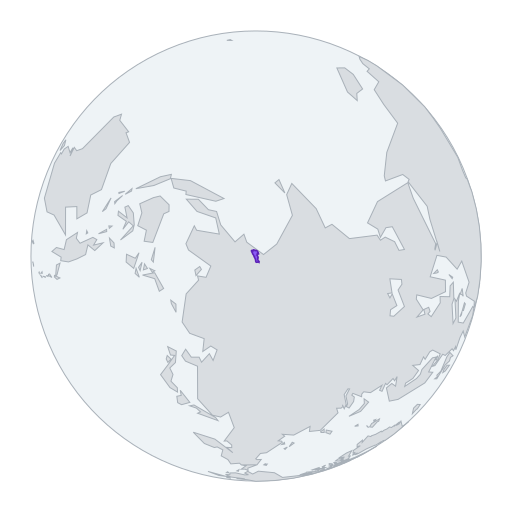 Chin on an orthographic globe, rotated 157°
{"feature_id": "MMR-3274", "entity_name": "Chin", "entity_type": "State", "adm_level": 1, "iso_a3": "MMR", "parent_name": "Myanmar", "parent_adm1": "", "projection": "orthographic", "projection_center": [93.495, 22.37], "detail": "fine", "context": "on_globe", "style": "filled", "palette": "violet", "viewbox_px": 512, "rotation_deg": 157, "n_neighbors": 0, "source": "natural_earth", "source_scale": "10m", "svg_char_len": 12329}
<svg xmlns="http://www.w3.org/2000/svg" viewBox="0 0 512 512"><g transform="rotate(157 256 256)"><circle cx="256" cy="256" r="225" fill="#eef3f6" stroke="#a8b0b8"/><path d="M344.3,48.7L351.5,53.5L360.9,58.7L353.4,55.3L375.8,68.4L384.4,76.5L370.4,65.4L365.7,62.8L369.4,66.9L365.3,65.2L364.8,66.5L359.6,64.4L351.9,58.9L348.4,57.6L351.2,60.6L347.8,61.0L344.2,56.6L337.9,57.0L323.7,49.3L318.1,41.8L306.0,38.2L289.0,33.2L286.3,33.0L278.1,31.8L271.9,31.3L270.6,31.2L289.5,33.2L308.2,36.8L326.5,42.0L344.3,48.7ZM270.4,31.2L266.8,31.1L269.3,31.4L268.5,31.6L265.1,31.5L262.7,31.1L264.0,31.0L261.6,30.9L261.8,30.8L259.8,30.8L257.8,30.7L270.4,31.2ZM256.9,30.7L254.7,30.9L248.5,30.9L248.3,30.9L256.9,30.7ZM368.5,63.2L366.0,61.2L369.8,63.8L368.5,63.2ZM365.6,67.1L367.6,68.3L366.5,68.5L365.6,67.1ZM357.6,65.7L355.2,66.0L356.3,64.7L357.6,65.7ZM352.9,65.5L347.2,66.8L351.1,69.4L336.7,63.4L346.4,63.9L347.1,61.7L349.4,64.1L352.9,65.5ZM271.5,31.5L268.8,31.2L274.2,31.6L271.5,31.5ZM275.2,31.8L293.2,34.1L295.6,35.1L289.1,33.9L294.7,35.6L287.0,34.8L282.2,33.8L282.2,33.2L279.3,33.4L275.2,31.8ZM329.7,60.2L327.1,60.0L328.3,59.2L329.7,60.2ZM268.6,31.7L272.0,31.9L274.3,32.6L267.9,32.4L269.2,32.2L268.6,31.7ZM299.9,36.6L300.5,37.4L294.5,36.9L293.9,37.3L287.1,35.0L299.9,36.6ZM266.9,32.0L264.6,32.4L260.4,32.1L265.4,31.6L266.9,32.0ZM277.6,33.0L278.4,33.4L275.9,33.1L277.6,33.0ZM244.2,32.1L248.2,31.8L249.7,32.1L244.2,32.1ZM264.0,32.6L265.4,32.7L266.5,32.9L264.1,33.1L264.0,32.6ZM283.3,35.0L280.6,34.8L285.8,35.9L281.5,35.9L277.7,34.5L277.5,35.1L276.2,35.2L274.6,34.0L283.3,35.0ZM264.9,34.1L258.6,32.9L250.8,33.1L249.2,32.7L262.1,32.6L264.9,34.1ZM270.7,34.1L266.8,34.0L266.8,33.4L269.5,33.1L270.7,34.1ZM279.9,36.6L287.5,36.8L288.0,37.2L279.9,36.6ZM262.6,34.2L264.2,34.6L262.1,34.3L262.6,34.2ZM274.6,35.9L277.2,35.8L277.8,36.2L274.6,35.9ZM265.1,35.4L263.1,34.9L264.9,34.6L265.1,35.4ZM269.5,35.7L269.6,36.2L266.7,34.8L270.5,35.6L269.5,35.7ZM274.7,36.2L275.9,36.4L273.5,36.2L274.7,36.2ZM259.5,37.1L255.5,35.4L259.4,34.6L262.8,36.3L259.5,37.1ZM67.7,132.3L75.7,122.9L72.7,129.1L77.9,136.8L77.4,140.0L70.1,148.6L68.6,170.9L76.0,165.3L81.4,180.7L89.2,185.9L103.8,168.8L91.1,159.8L95.5,149.1L111.1,148.4L123.2,157.4L125.3,153.7L123.2,141.1L131.7,136.9L123.2,136.4L122.4,141.2L117.1,141.3L117.4,137.0L120.4,135.5L118.4,131.7L104.7,140.9L102.4,146.8L93.6,142.8L89.0,152.6L84.6,154.8L90.6,139.3L94.4,135.0L101.0,116.8L96.2,120.8L89.7,138.6L89.2,136.0L82.7,142.5L87.3,135.5L95.7,116.1L91.4,113.3L76.2,124.8L75.8,123.0L80.0,116.3L95.5,99.9L94.6,106.0L100.1,101.2L108.7,91.6L107.7,94.6L111.2,91.7L111.7,94.0L120.7,90.5L122.5,92.6L134.1,85.2L136.6,85.5L129.0,89.6L124.7,94.0L130.1,100.4L133.5,99.9L140.7,94.8L141.2,97.7L147.5,92.0L154.5,94.1L151.1,87.1L159.4,82.0L168.0,80.5L170.1,77.8L156.1,80.5L151.0,82.9L147.6,86.7L133.3,93.3L129.7,92.6L142.4,81.8L138.7,79.9L150.2,73.2L181.2,68.5L190.0,70.3L187.5,83.6L180.8,85.6L178.4,81.6L173.2,89.9L177.2,87.0L177.7,89.7L185.7,86.3L186.5,88.1L192.9,82.2L194.7,84.1L190.6,87.8L204.0,85.5L209.9,88.9L212.6,87.6L213.8,85.2L220.5,91.7L222.2,90.5L220.6,87.8L223.0,83.9L229.7,79.7L231.7,82.1L229.5,84.0L227.9,92.0L221.8,97.1L223.3,97.8L229.0,94.0L231.0,84.1L234.5,80.9L234.6,85.3L234.8,83.4L237.2,82.7L241.3,84.4L241.8,79.6L265.0,70.4L275.4,73.6L272.8,78.0L291.2,76.4L301.4,81.6L300.0,78.9L307.8,77.2L304.7,75.5L304.6,74.2L323.2,70.8L329.1,72.5L335.5,69.4L334.7,68.2L330.7,66.7L336.7,63.4L351.1,69.4L352.1,71.7L360.4,74.5L361.4,79.6L366.1,85.6L362.3,90.5L366.3,95.4L369.2,96.0L376.8,103.6L382.6,118.3L365.4,103.5L354.2,84.0L357.7,91.3L353.2,89.1L352.2,91.5L355.0,97.1L357.6,98.1L343.1,106.5L342.4,122.9L351.5,121.6L358.3,126.5L365.5,147.4L352.9,177.4L362.0,186.8L363.3,193.3L357.2,197.7L355.1,188.2L347.9,185.1L347.6,179.5L337.1,184.3L336.3,176.6L328.5,184.8L332.8,190.8L342.3,188.9L336.0,200.2L347.2,210.7L349.8,224.1L335.1,248.4L318.3,256.2L317.6,260.5L310.3,255.9L301.5,264.4L315.8,287.9L315.7,294.7L301.0,307.9L300.6,302.9L281.2,290.5L278.2,306.8L292.9,320.1L297.9,335.5L286.9,330.8L281.7,317.2L274.9,312.4L276.3,298.4L269.8,277.2L258.6,280.8L259.1,272.3L248.5,254.4L232.2,258.9L206.6,279.2L203.8,300.5L194.7,308.8L182.1,276.1L181.3,254.8L173.7,255.5L163.2,235.5L136.4,227.9L135.3,221.9L129.7,222.9L122.8,215.0L122.2,205.3L116.8,204.0L119.1,229.7L125.3,231.3L134.2,224.6L133.4,233.2L140.4,242.9L122.9,258.6L87.6,264.2L88.7,247.7L85.8,197.1L88.5,192.9L88.7,192.3L88.9,191.3L83.9,197.8L85.0,188.3L81.6,221.7L79.0,234.9L87.0,264.9L85.1,266.7L89.1,273.7L107.5,274.5L106.6,279.7L95.1,300.3L73.7,322.9L79.2,345.6L82.2,362.9L74.9,368.4L81.6,382.6L78.6,384.0L82.5,391.3L83.5,396.5L83.1,399.3L76.9,392.7L70.6,384.0L70.5,383.9L70.0,383.0L54.2,356.1L42.4,327.4L39.1,314.2L36.4,301.4L31.7,268.0L32.4,254.2L32.4,246.1L31.5,244.1L32.1,234.5L32.1,232.1L32.2,230.6L34.8,213.3L38.8,196.1L44.2,179.4L50.8,163.1L58.7,147.3L67.7,132.3ZM63.1,139.7L61.0,143.3L60.9,143.3L63.1,139.7ZM131.3,177.6L141.7,182.7L145.2,168.9L149.5,170.0L149.1,165.1L145.4,167.9L145.7,155.3L153.1,154.0L156.0,148.6L152.7,146.7L139.1,151.5L138.5,169.2L132.7,173.0L131.3,177.6ZM129.6,75.7L127.0,78.4L122.8,80.8L120.6,79.9L126.7,76.2L129.6,75.7ZM124.4,81.8L137.6,72.3L139.5,73.1L136.2,74.1L136.1,75.6L130.8,77.8L119.7,88.6L115.2,91.5L113.6,87.2L116.6,86.7L118.9,83.8L124.4,81.8ZM168.0,52.3L173.7,49.7L170.4,54.4L165.4,56.4L162.9,55.1L167.3,52.2L168.0,52.3ZM241.9,31.2L242.2,31.1L240.7,31.3L239.1,31.4L240.2,31.3L241.9,31.2ZM235.2,31.7L236.8,31.6L246.0,31.2L258.9,31.0L260.4,31.5L258.1,31.9L255.3,32.0L255.1,31.5L251.4,32.1L249.0,31.5L245.9,31.9L229.2,32.6L231.1,32.2L219.1,33.8L219.3,33.7L235.2,31.7ZM197.1,38.6L198.8,38.1L209.0,35.9L211.0,36.4L214.6,35.3L216.6,35.4L212.9,36.2L219.8,35.1L220.5,35.4L229.6,35.3L239.2,34.2L242.8,34.4L239.4,35.1L245.3,34.9L241.3,36.5L243.7,36.8L242.2,39.0L234.1,40.6L237.5,40.9L236.5,43.0L230.0,44.9L231.1,42.9L223.2,46.6L220.8,44.9L220.0,45.4L215.6,45.1L209.0,45.8L208.8,44.9L206.3,45.6L203.3,45.6L199.8,46.4L198.4,45.2L193.9,46.2L195.8,45.2L188.5,47.3L193.3,45.3L189.9,45.5L187.1,47.4L187.9,42.1L184.6,42.5L180.1,43.9L197.1,38.6ZM258.8,37.7L249.7,39.3L243.9,39.4L249.0,35.6L247.4,35.1L250.4,33.3L258.7,33.4L257.1,33.8L257.4,34.3L254.7,34.1L257.2,34.7L255.0,35.4L256.3,36.2L253.0,36.4L258.8,37.7ZM81.0,138.0L81.4,139.7L82.9,141.1L78.9,145.6L81.0,138.0ZM86.4,124.7L87.4,125.2L82.4,131.5L82.0,130.1L86.4,124.7ZM92.1,120.3L87.8,124.7L89.9,121.5L92.1,120.3ZM130.4,90.0L131.9,90.4L130.4,91.8L127.6,93.2L130.4,90.0ZM206.0,57.8L207.6,56.0L209.1,56.0L215.8,52.9L218.2,54.3L215.0,56.6L206.0,57.8ZM99.3,170.5L94.5,172.5L94.4,170.0L96.1,169.7L99.3,170.5ZM84.3,158.5L85.7,163.6L83.2,159.6L84.3,158.5ZM209.7,58.7L212.2,57.2L211.8,58.9L209.7,58.7ZM220.2,55.2L220.4,56.8L219.2,54.1L220.2,55.2ZM194.1,463.9L198.6,465.9L195.1,465.3L194.1,463.9ZM107.7,371.2L108.1,397.5L100.8,394.5L95.5,385.1L92.6,368.1L99.7,366.3L102.1,359.5L107.7,371.2ZM351.5,366.9L357.7,367.1L357.4,368.1L351.5,366.9ZM345.2,364.4L352.3,363.9L343.8,366.5L345.2,364.4ZM355.1,363.8L362.4,361.2L365.5,359.3L364.9,361.3L355.1,363.8ZM340.3,364.9L313.0,366.3L302.0,364.2L304.7,360.6L322.4,360.8L340.3,364.9ZM303.8,360.6L286.9,351.0L263.0,321.4L271.6,322.1L296.5,340.0L294.9,343.0L305.1,350.7L303.8,360.6ZM344.2,340.3L342.6,349.5L327.6,349.8L320.8,348.7L316.0,337.1L318.7,331.0L324.4,330.9L345.7,308.8L353.2,313.3L346.8,322.6L353.0,330.1L344.2,340.3ZM204.8,302.7L210.0,315.9L205.0,317.4L204.8,302.7ZM353.8,293.5L345.5,303.4L352.9,290.5L353.8,293.5ZM357.8,281.5L358.6,286.1L354.9,281.9L357.8,281.5ZM317.8,267.0L311.9,268.3L311.5,265.0L318.9,261.4L317.8,267.0ZM351.6,235.4L352.5,245.3L351.7,248.7L348.5,243.0L351.6,235.4ZM233.1,72.1L221.0,74.4L213.9,77.9L212.3,82.3L209.4,77.5L220.4,72.1L233.1,72.1ZM260.9,70.1L262.2,66.9L265.1,68.1L265.2,69.0L260.9,70.1ZM259.3,68.3L254.5,65.0L257.5,63.1L260.7,66.1L259.3,68.3ZM231.7,60.7L227.9,61.2L228.4,59.7L231.7,60.7ZM385.6,437.3L389.2,432.5L395.2,429.7L389.5,435.0L385.6,437.3ZM373.8,422.6L332.6,439.5L324.4,439.1L328.4,434.1L324.7,420.1L327.5,420.2L328.0,410.0L353.5,397.9L372.3,377.5L384.3,376.7L394.7,361.7L406.4,360.2L401.6,371.5L412.2,375.4L423.1,349.8L425.9,372.6L431.1,378.3L428.2,391.9L405.2,420.2L395.4,427.4L395.2,426.0L390.7,429.4L386.1,430.3L386.8,423.9L382.2,427.2L388.1,420.7L380.8,427.0L379.9,423.0L373.8,422.6ZM455.5,354.4L456.2,354.3L456.2,357.0L455.1,357.6L455.5,354.4ZM464.0,336.2L464.0,337.2L463.6,338.1L464.0,336.2ZM463.8,336.0L464.8,333.1L464.2,335.6L463.8,336.0ZM461.5,326.4L462.3,324.6L462.4,325.4L461.5,326.4ZM366.7,366.1L375.6,358.1L380.1,356.9L366.7,366.1ZM460.8,324.2L459.1,325.1L459.5,323.6L460.8,324.2ZM461.3,321.0L461.3,319.2L461.9,323.0L461.3,321.0ZM458.3,318.7L460.2,320.8L458.0,319.2L458.3,318.7ZM456.9,319.9L455.3,319.2L455.5,318.5L456.9,319.9ZM435.8,331.1L442.1,339.9L436.4,341.8L430.1,336.9L424.1,345.1L411.1,347.4L414.5,342.5L413.0,336.5L398.9,336.9L396.1,333.3L401.3,329.5L391.6,327.9L402.3,324.0L406.4,331.9L412.3,323.9L421.9,323.3L430.9,323.8L437.6,328.0L435.8,331.1ZM401.8,343.0L403.6,342.7L401.9,345.5L401.8,343.0ZM452.3,316.0L454.6,319.0L454.2,320.2L453.0,320.1L452.3,316.0ZM439.2,326.0L446.6,316.4L448.2,315.9L443.2,325.7L439.2,326.0ZM445.1,312.4L448.3,312.2L449.8,315.5L449.1,316.9L445.1,312.4ZM380.2,338.8L379.7,341.2L376.8,339.8L380.2,338.8ZM383.9,336.8L392.3,338.0L383.1,338.9L383.9,336.8ZM357.2,331.7L359.8,337.2L368.1,332.6L361.8,338.6L367.2,347.3L365.1,351.0L359.8,341.5L357.6,352.2L353.9,352.3L352.1,343.6L355.9,332.3L359.6,327.3L374.5,323.7L357.2,331.7ZM383.9,329.8L381.6,323.5L383.3,318.8L385.8,321.9L383.9,329.8ZM374.5,308.2L368.0,301.1L362.4,304.7L373.4,292.4L377.9,301.2L374.5,308.2ZM368.5,291.5L363.3,294.8L368.4,287.8L368.5,291.5ZM361.7,292.3L360.8,286.9L365.1,287.2L361.7,292.3ZM371.2,291.5L371.7,282.0L374.1,287.2L371.2,291.5ZM358.1,274.7L367.9,282.8L355.8,280.2L353.7,262.2L358.8,261.3L358.1,274.7ZM376.6,199.1L374.5,194.2L378.7,192.5L378.9,196.3L376.6,199.1ZM390.2,184.1L379.1,190.5L369.8,196.3L373.4,198.3L372.7,207.1L366.5,199.7L371.8,189.4L379.1,186.6L378.7,179.4L383.2,174.0L379.9,165.5L381.4,161.4L386.6,168.5L390.2,184.1ZM378.2,162.0L374.1,147.1L382.6,148.2L385.4,151.6L383.7,157.8L379.3,156.9L378.2,162.0ZM375.6,144.0L371.3,143.1L356.3,123.1L355.3,119.3L371.2,134.1L368.0,134.2L370.2,139.2L375.6,144.0ZM328.7,61.2L327.3,60.1L329.8,60.9L328.7,61.2ZM302.7,73.3L303.0,71.7L305.9,72.4L302.7,73.3ZM305.4,67.7L301.8,67.9L304.8,66.6L305.4,67.7ZM294.0,68.9L300.0,67.5L295.4,70.4L294.0,68.9Z" fill="#d9dde1" stroke="#a8b0b8" stroke-width="1"/><path d="M252.9,260.2L252.7,259.7L252.7,259.4L252.6,258.5L252.7,257.9L252.7,257.5L252.8,257.5L252.8,257.4L253.0,257.3L252.9,257.2L253.0,257.1L253.0,256.9L253.4,257.0L253.6,257.3L253.7,257.5L253.8,257.6L253.9,257.4L254.0,257.4L254.0,257.5L254.1,257.4L254.1,257.2L254.3,257.0L254.3,256.7L254.5,256.7L254.8,256.5L254.8,256.4L254.8,255.9L254.6,255.6L254.6,255.4L254.6,255.2L254.5,254.9L254.5,254.7L254.5,254.4L254.7,254.2L254.8,254.1L254.9,253.9L254.8,253.7L254.7,253.6L254.7,253.4L254.8,253.3L255.0,253.4L255.1,253.5L255.3,253.5L255.4,253.4L255.6,253.0L255.6,252.9L255.6,252.6L255.6,252.4L255.7,252.2L255.7,251.8L255.7,251.7L255.8,251.0L255.8,250.8L255.7,250.7L255.5,250.2L255.5,249.9L255.4,249.9L255.4,249.7L255.3,249.4L255.5,249.2L255.5,249.3L255.7,249.5L255.8,249.6L255.9,249.8L256.0,249.8L256.1,249.7L256.3,249.7L256.6,249.5L256.8,249.6L257.0,249.8L257.4,249.8L257.5,249.8L257.8,249.9L258.0,250.0L258.3,250.2L258.3,250.5L258.4,250.8L258.4,251.2L258.4,251.3L258.3,251.6L258.2,251.6L258.0,251.8L258.0,252.2L257.9,252.2L257.9,252.4L257.8,252.6L257.8,252.9L257.9,253.2L257.9,253.3L257.9,253.5L257.8,253.8L257.9,254.0L257.9,254.4L257.8,254.5L257.9,254.8L257.9,255.0L257.9,255.3L258.0,255.7L258.0,255.8L257.9,255.9L258.0,255.9L258.0,256.0L257.9,256.2L257.9,256.3L258.0,256.8L258.0,257.0L257.9,257.2L257.9,257.3L258.0,257.5L257.9,257.7L257.9,257.8L257.9,258.1L257.9,258.3L258.1,258.7L258.2,259.0L258.3,259.1L258.3,259.3L258.1,259.7L258.1,260.1L258.0,260.3L258.2,260.5L258.3,260.6L258.3,260.9L258.3,261.0L258.0,261.6L258.1,262.0L258.2,262.3L258.3,262.5L257.9,262.8L257.8,262.7L257.5,262.6L257.4,262.4L257.2,262.3L257.1,262.2L256.9,261.9L256.7,261.8L256.6,262.0L256.6,262.3L256.7,262.5L256.4,262.7L256.2,262.6L255.9,262.7L255.7,262.6L255.2,262.2L255.0,261.9L254.8,261.8L254.8,261.7L254.7,261.3L254.7,261.2L254.0,261.1L253.9,261.1L253.7,261.2L253.5,260.9L253.4,260.8L253.2,260.5L253.0,260.2L252.9,260.2Z" fill="#8b5cf6" stroke="#5b21b6" stroke-width="1.5"/></g></svg>